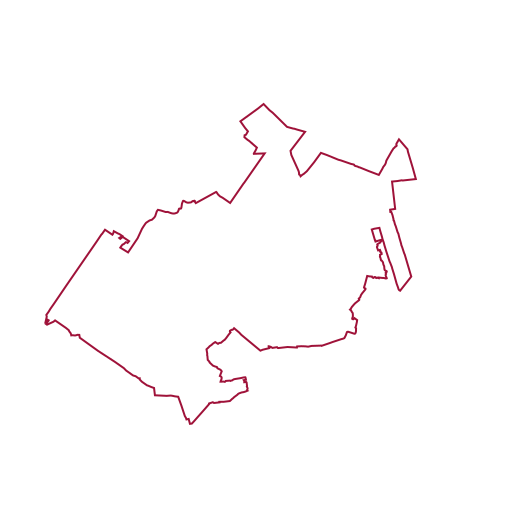 Adamclisi, Constanta, Romania, rotated 216°
{"feature_id": "2599482B83158336135289", "entity_name": "Adamclisi", "entity_type": "district", "adm_level": 2, "iso_a3": "ROU", "parent_name": "Romania", "parent_adm1": "Constanta", "projection": "orthographic", "projection_center": [27.939, 44.112], "detail": "fine", "context": "isolated", "style": "outline", "palette": "rose", "viewbox_px": 512, "rotation_deg": 216, "n_neighbors": 0, "source": "geoboundaries", "source_scale": "gbopen_adm2", "svg_char_len": 6016}
<svg xmlns="http://www.w3.org/2000/svg" viewBox="0 0 512 512"><g transform="rotate(216 256 256)"><path d="M393.6,188.5L393.5,183.4L393.6,183.2L393.7,182.3L393.4,174.1L392.1,121.2L391.4,98.7L391.3,92.4L391.0,89.0L391.0,85.1L389.6,83.9L387.6,79.2L387.4,79.7L387.7,81.9L385.9,82.1L385.8,81.4L386.0,77.6L384.7,77.6L381.2,83.8L380.7,85.8L367.5,86.1L363.8,85.9L362.9,85.3L360.6,84.6L359.4,83.8L358.8,83.2L357.8,84.1L355.9,85.2L355.2,85.8L354.1,87.3L352.6,88.3L350.5,86.3L327.8,86.4L308.3,87.4L297.0,87.6L293.7,87.0L285.2,87.1L282.7,88.0L278.9,88.0L278.2,88.7L277.3,87.7L274.4,87.2L268.1,87.3L267.0,87.7L263.5,88.5L260.9,89.3L255.9,83.9L246.0,90.4L243.2,92.8L242.0,93.5L239.1,94.8L236.2,96.4L228.4,91.1L219.5,84.7L217.4,83.8L216.2,82.9L214.7,84.6L210.8,81.4L209.4,82.7L209.0,86.1L207.1,106.2L206.9,108.7L207.3,109.1L207.2,109.4L206.9,109.6L205.0,112.3L203.6,112.4L199.5,116.1L199.9,116.5L196.5,119.0L191.9,123.3L191.3,126.4L190.9,127.7L190.8,128.7L189.5,132.9L189.4,133.9L188.9,135.0L187.4,137.2L186.0,138.6L184.8,140.2L183.8,141.9L184.2,141.9L184.5,142.4L184.6,143.2L185.1,144.1L186.7,145.0L186.8,145.5L189.3,148.2L190.0,148.3L191.3,147.0L192.1,148.1L192.9,148.4L191.4,150.0L193.2,151.6L193.4,151.6L194.7,150.4L197.0,147.8L200.7,144.1L201.6,143.0L202.2,141.3L203.2,140.2L203.3,139.9L203.9,139.8L207.0,137.2L207.1,136.1L207.3,135.8L208.2,135.5L210.8,133.5L211.1,134.2L211.6,136.3L212.4,137.5L212.9,137.8L213.5,137.9L214.7,137.7L216.0,142.6L217.8,143.1L221.2,142.5L222.4,143.2L224.3,142.5L226.4,142.0L231.0,142.6L231.5,143.1L234.0,143.6L236.5,146.5L237.2,147.0L238.1,148.4L241.2,151.4L240.6,154.4L240.5,155.7L239.6,158.2L239.5,159.2L239.1,160.5L238.4,162.4L235.1,162.6L234.6,164.1L233.4,165.1L233.2,165.8L232.6,168.3L232.4,169.0L232.1,169.5L231.9,172.0L231.9,176.4L231.7,179.2L232.7,179.5L233.1,180.2L232.4,181.9L231.7,182.4L231.4,183.1L231.3,184.7L224.6,184.2L221.6,183.6L196.8,182.0L195.5,184.1L191.0,189.4L191.0,189.6L191.5,189.5L192.5,190.1L192.7,190.4L191.9,190.8L190.4,191.2L188.7,191.3L185.4,194.6L184.3,194.4L184.0,194.5L177.0,200.9L169.1,206.0L169.6,207.0L166.1,209.8L163.0,211.9L160.5,213.3L158.2,215.9L150.0,222.3L149.9,222.2L145.1,229.0L143.5,231.4L138.1,238.9L137.1,240.1L136.3,241.4L136.3,242.2L136.4,242.3L136.7,244.5L137.7,247.9L137.1,248.8L134.8,249.6L130.8,250.9L130.4,251.2L130.2,251.6L130.3,252.6L131.0,254.1L132.0,255.5L132.6,256.4L133.5,256.5L134.0,258.2L135.6,261.9L136.5,263.6L139.8,263.6L139.9,262.4L140.2,261.9L140.9,261.7L141.2,261.7L141.5,262.1L142.1,264.1L143.6,266.0L144.3,266.7L146.2,267.3L146.7,267.7L147.1,267.9L148.4,267.9L148.3,268.8L148.5,271.2L148.2,274.7L148.0,276.1L146.7,280.8L146.7,281.3L146.9,281.5L147.3,281.6L147.8,281.9L147.5,283.6L147.5,284.0L148.1,286.0L148.2,288.1L147.9,293.2L148.0,293.7L148.3,294.0L149.5,293.8L150.1,294.0L150.4,294.8L151.3,297.5L154.3,305.2L152.4,306.1L150.1,307.5L149.8,307.2L149.3,307.1L148.2,307.2L148.0,307.5L147.9,308.5L147.3,309.0L147.0,309.0L146.0,308.8L145.7,308.9L145.5,309.5L143.7,310.2L144.1,310.7L141.1,312.4L139.6,313.4L138.0,314.0L137.2,314.6L137.1,314.8L137.3,315.0L139.2,316.1L139.9,316.7L140.1,317.0L140.2,318.0L141.2,318.5L141.3,318.9L140.9,319.8L141.1,320.3L141.4,320.5L143.3,320.2L144.0,320.5L144.3,320.9L144.8,321.3L146.3,323.1L147.3,323.6L148.3,324.3L149.5,325.5L151.5,326.2L152.2,326.0L152.9,326.4L153.0,326.6L154.3,327.7L155.3,328.2L155.4,328.4L155.6,329.0L156.2,329.6L156.4,329.9L155.5,331.5L156.5,332.5L156.9,332.6L157.3,332.3L158.2,332.5L158.6,332.8L158.6,333.4L159.3,333.8L160.5,332.3L163.3,334.2L163.6,334.7L163.6,335.6L163.6,335.8L164.4,336.3L164.7,336.6L164.7,337.0L163.4,340.0L163.6,340.6L163.4,342.0L164.1,342.7L165.1,341.6L167.8,337.9L168.4,338.3L168.3,338.6L168.8,338.9L169.2,338.8L177.9,345.5L176.4,347.5L172.7,351.3L170.0,349.1L165.4,345.6L163.4,343.9L160.6,342.0L158.2,340.0L153.3,336.3L144.6,330.0L143.6,329.5L139.4,326.8L138.5,326.0L133.8,322.5L126.0,316.3L122.4,313.9L121.3,313.0L120.0,312.5L119.0,312.6L118.3,330.6L136.5,344.6L137.6,345.2L143.0,349.1L144.9,350.3L145.8,351.2L150.7,355.0L153.9,357.7L155.6,358.6L160.4,362.2L162.2,363.3L165.0,365.6L165.4,365.6L165.7,365.7L166.4,366.6L169.6,369.3L172.5,371.2L173.2,370.6L173.3,370.7L174.7,372.3L171.1,375.9L189.7,396.2L185.6,399.8L182.6,402.9L181.7,403.3L171.9,412.2L180.8,419.3L194.4,429.7L196.2,431.4L208.9,434.4L208.4,429.5L208.2,428.9L207.1,428.0L207.0,427.5L207.1,427.1L207.6,426.5L207.6,425.5L207.7,424.7L208.0,424.0L207.8,420.5L206.6,409.8L205.7,407.6L205.3,405.8L205.4,402.9L205.0,400.6L204.3,393.8L214.6,391.0L224.3,388.6L224.7,388.3L226.6,388.0L228.3,387.3L229.1,387.1L229.5,387.1L230.3,387.5L231.1,387.3L233.1,386.4L243.6,383.2L245.9,382.3L257.8,379.4L264.1,377.6L264.1,366.0L264.7,354.4L265.7,350.2L266.2,349.2L266.8,346.7L267.7,347.3L269.0,347.3L270.5,349.0L271.7,349.9L286.8,358.5L289.9,361.4L289.3,385.3L297.4,382.3L299.8,381.5L300.9,380.9L306.8,378.7L326.6,381.7L330.8,381.9L339.2,383.4L341.0,376.7L347.8,355.8L340.1,353.2L335.8,352.1L335.4,348.2L336.2,347.0L335.2,345.3L331.0,345.0L329.5,345.1L319.0,344.2L318.4,341.3L318.0,337.6L317.8,337.4L309.3,344.1L308.6,308.0L308.7,307.6L308.1,283.7L317.2,283.5L320.3,283.1L323.0,283.5L325.4,284.4L325.9,284.4L335.8,263.4L337.1,263.9L337.9,264.6L338.4,264.5L338.6,264.2L338.3,264.0L338.2,263.8L339.0,263.7L339.6,263.1L339.9,261.6L340.3,261.0L342.0,259.4L342.7,258.9L344.2,258.4L346.2,258.3L347.0,258.1L347.3,257.9L347.4,257.6L346.7,254.9L344.8,251.3L344.6,250.5L344.7,250.1L345.8,249.4L346.0,249.1L346.0,248.7L345.6,247.8L345.4,246.8L345.2,246.1L345.2,245.3L345.4,244.5L346.7,242.7L347.6,241.9L348.8,241.2L350.4,240.6L353.3,239.8L354.9,238.5L359.7,236.9L361.8,236.0L362.5,235.7L362.5,234.3L362.5,233.8L361.0,229.1L360.9,227.4L361.5,224.2L363.0,222.2L364.4,218.4L364.5,217.3L364.4,213.8L364.2,210.9L362.2,200.8L361.6,183.7L370.7,183.0L370.8,184.4L370.7,186.8L370.0,187.8L369.4,190.7L368.7,191.0L367.6,191.1L367.4,193.4L375.0,193.1L375.9,190.1L377.2,190.2L375.9,193.6L378.8,193.5L380.2,193.3L380.8,193.1L385.6,192.5L384.7,190.0L384.7,188.8L393.6,188.5Z" fill="none" stroke="#9f1239" stroke-width="2"/></g></svg>